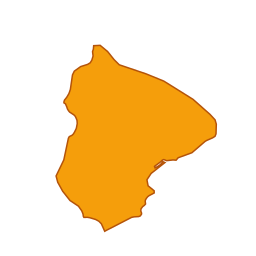 Los Santos, Mercator projection, rotated 340°
{"feature_id": "PAN-1339", "entity_name": "Los Santos", "entity_type": "Province", "adm_level": 1, "iso_a3": "PAN", "parent_name": "Panama", "parent_adm1": "", "projection": "mercator", "projection_center": [-80.421, 7.617], "detail": "fine", "context": "isolated", "style": "filled", "palette": "amber", "viewbox_px": 256, "rotation_deg": 340, "n_neighbors": 0, "source": "natural_earth", "source_scale": "10m", "svg_char_len": 1312}
<svg xmlns="http://www.w3.org/2000/svg" viewBox="0 0 256 256"><g transform="rotate(340 128 128)"><path d="M123.9,38.9L130.1,40.8L135.0,49.2L138.3,59.0L141.4,65.6L163.6,83.4L177.7,96.2L198.9,123.3L209.7,143.2L212.6,150.1L212.3,154.6L208.7,163.6L206.9,165.6L204.1,166.2L197.9,166.6L196.0,166.9L179.6,173.1L165.0,173.1L162.2,174.7L159.3,173.4L153.1,171.9L150.9,169.9L149.3,169.9L147.3,170.9L139.8,173.1L139.8,174.7L142.8,174.3L145.2,173.7L147.3,172.8L149.3,171.6L150.9,173.1L134.2,178.6L128.1,183.1L127.1,189.2L131.1,195.9L130.4,198.0L124.6,198.8L123.0,199.3L121.2,200.4L119.7,201.7L119.1,202.8L118.5,205.4L116.9,206.3L114.9,206.9L112.6,208.4L111.6,210.4L111.7,212.0L111.4,213.4L109.6,214.8L107.8,214.9L103.4,213.6L100.9,213.2L72.5,216.8L70.8,217.1L70.2,208.9L68.7,205.6L66.3,202.9L61.5,199.3L59.4,198.1L56.0,196.9L55.8,195.9L56.3,193.4L56.2,190.0L54.7,184.5L48.7,176.3L45.0,165.1L43.4,155.0L44.0,148.5L56.8,136.0L68.5,117.2L69.9,116.0L72.9,115.7L74.5,115.0L76.4,113.5L79.3,110.7L81.8,106.5L82.7,103.4L82.6,100.7L82.4,98.9L81.6,97.1L78.6,93.1L78.0,91.4L77.6,89.3L77.7,87.6L77.5,83.9L76.4,82.5L76.7,81.6L77.8,80.1L80.9,78.2L84.2,75.5L87.0,72.1L94.0,59.1L97.0,56.2L104.5,54.1L111.8,54.4L114.8,53.8L117.2,51.9L119.8,48.4L120.8,44.1L122.4,42.1L123.9,38.9Z" fill="#f59e0b" stroke="#b45309" stroke-width="1.5"/></g></svg>